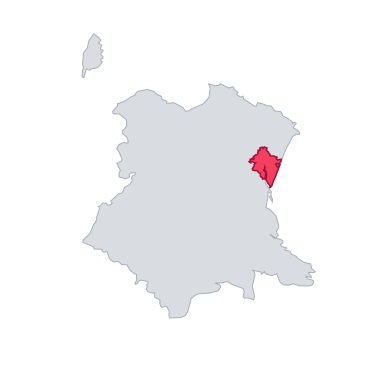 where Gironde sits in France, rotated 195°
{"feature_id": "FRA-5295", "entity_name": "Gironde", "entity_type": "Metropolitan department", "adm_level": 1, "iso_a3": "FRA", "parent_name": "France", "parent_adm1": "", "projection": "albers", "projection_center": [-0.442, 44.886], "detail": "fine", "context": "in_parent", "style": "filled", "palette": "rose", "viewbox_px": 384, "rotation_deg": 195, "n_neighbors": 0, "source": "natural_earth", "source_scale": "10m", "svg_char_len": 6723}
<svg xmlns="http://www.w3.org/2000/svg" viewBox="0 0 384 384"><g transform="rotate(195 192 192)"><path d="M278.8,153.8L276.7,155.2L275.6,157.9L274.2,158.6L271.6,158.9L270.2,157.4L267.2,158.7L266.1,160.4L268.1,162.2L262.7,170.9L258.9,173.3L258.5,178.7L254.2,183.0L252.8,187.3L252.7,188.1L254.0,189.4L253.7,192.2L251.4,194.1L251.6,195.8L252.3,196.0L255.8,194.4L257.1,192.6L256.2,190.5L259.6,187.5L266.2,187.6L267.3,191.1L266.7,194.2L272.0,200.3L268.2,203.7L268.1,205.7L273.0,211.9L275.9,214.4L274.9,218.9L270.6,222.2L267.7,222.2L266.5,223.0L266.7,224.4L269.1,228.2L274.2,230.3L275.3,233.3L274.0,234.5L272.1,239.2L273.3,241.4L273.0,242.4L273.7,243.9L275.1,245.3L282.4,248.5L288.5,247.2L289.5,249.4L286.3,255.7L286.8,258.3L284.8,258.6L284.6,259.5L280.9,261.9L275.2,268.5L272.4,270.5L271.5,273.7L269.9,275.5L261.1,279.7L259.4,279.1L255.0,279.5L252.1,277.5L246.7,276.6L244.7,273.5L239.8,273.2L239.4,271.1L232.6,273.5L222.7,271.2L219.1,268.3L216.4,269.3L214.0,272.2L203.9,280.0L200.1,287.8L201.2,296.7L203.9,300.9L197.4,300.5L193.6,302.0L192.6,303.9L183.4,302.0L180.1,304.0L179.1,303.9L177.9,302.0L173.4,300.1L174.0,298.6L173.4,297.3L169.1,296.3L167.7,297.7L166.0,295.1L154.2,291.3L152.3,291.4L151.6,295.4L144.0,295.4L142.9,294.7L138.0,295.5L132.8,291.8L127.0,292.5L123.5,288.7L120.0,288.4L115.2,286.4L113.0,285.3L112.7,284.2L111.3,285.9L109.5,285.5L109.1,284.9L110.3,282.8L110.6,280.3L104.6,278.4L103.0,276.6L103.0,275.6L106.2,274.8L109.2,271.4L112.1,259.0L114.2,244.2L115.7,241.4L117.5,240.7L116.1,238.6L114.3,241.3L115.5,227.7L117.6,217.6L122.5,221.8L123.7,223.6L125.1,229.6L127.9,232.2L126.1,229.7L124.3,221.7L123.2,219.4L115.5,212.6L115.2,211.0L118.6,211.9L117.3,206.8L116.6,196.2L111.9,195.1L104.5,190.5L99.6,182.3L99.0,179.3L100.4,176.1L99.3,174.0L97.2,172.6L98.9,169.9L100.4,169.6L105.7,171.3L101.4,168.6L94.3,169.3L91.6,168.4L91.1,166.4L93.1,164.1L90.8,162.5L86.8,162.7L86.3,162.1L87.5,160.3L86.5,159.6L83.3,160.2L81.4,159.6L79.7,157.5L74.5,156.9L73.4,155.7L66.2,153.1L58.6,153.2L56.7,149.1L52.2,146.9L53.2,145.7L57.8,144.7L58.8,143.7L55.5,141.9L54.4,140.2L60.5,140.1L57.9,138.2L51.9,138.0L51.2,135.6L52.1,133.2L55.7,131.2L64.4,129.2L70.6,129.4L75.1,126.8L79.5,126.1L83.6,127.7L89.0,134.8L93.5,131.8L100.2,132.1L101.5,133.8L103.4,130.7L104.8,132.6L113.0,132.1L111.1,130.8L109.6,127.8L109.4,117.0L105.4,109.1L104.5,106.2L104.7,103.8L109.5,104.3L113.5,103.2L115.4,104.0L115.8,109.1L117.4,112.0L128.5,113.0L134.9,114.5L140.3,111.7L145.3,110.3L145.7,109.6L142.8,109.9L140.1,108.7L139.8,107.4L141.1,103.4L148.7,99.0L159.8,95.1L162.6,92.6L165.7,88.0L165.0,86.9L165.2,74.7L166.7,70.7L170.8,67.7L181.3,64.5L182.8,68.3L182.8,70.5L185.7,73.8L187.2,74.8L191.8,72.7L194.1,75.8L195.0,79.4L200.7,80.6L202.6,85.2L203.5,84.1L207.1,84.1L208.8,84.4L211.2,86.3L210.7,89.1L211.7,90.4L210.9,93.1L211.7,94.1L218.2,93.7L220.1,92.5L220.8,89.8L222.7,88.2L223.4,88.6L222.5,93.5L223.5,94.6L224.2,98.0L226.7,98.2L231.7,100.6L236.1,104.8L241.1,103.7L245.2,105.9L249.2,104.2L253.2,105.3L254.6,106.5L258.8,112.6L261.5,111.0L263.5,111.6L264.3,113.4L271.6,111.6L273.1,113.3L274.7,113.8L284.4,115.2L284.7,117.6L280.0,125.0L278.6,134.9L277.3,138.4L276.9,141.0L277.5,142.6L277.5,145.3L277.0,151.7L277.8,153.5L278.8,153.8ZM329.1,280.2L329.0,284.2L330.8,286.9L332.8,298.4L330.4,304.3L330.7,311.1L327.8,319.5L321.4,316.6L319.4,314.9L320.7,311.6L317.1,310.4L317.6,307.3L317.0,305.9L314.6,306.0L314.4,305.2L315.9,302.7L315.7,301.3L313.2,299.8L312.6,298.3L314.6,296.3L313.4,294.7L312.2,294.5L314.5,288.9L316.4,287.1L320.8,285.1L322.5,283.0L325.6,283.6L326.0,283.1L326.0,274.7L327.1,274.5L328.2,275.4L329.1,280.2ZM115.9,207.4L115.2,209.8L112.3,205.6L111.9,203.3L115.9,207.4Z" fill="#d9dde1" stroke="#a8b0b8" stroke-width="1"/><path d="M114.1,246.7L114.2,245.7L114.1,245.3L114.0,244.5L114.0,244.3L114.5,243.5L114.6,243.4L114.7,243.0L115.0,241.8L115.4,241.3L115.9,241.3L117.1,241.6L117.8,241.5L118.2,241.2L118.2,240.8L117.7,240.3L118.0,240.3L117.8,239.9L116.3,238.5L116.1,238.4L115.9,238.3L115.8,238.2L115.7,238.2L115.6,238.3L115.6,238.5L115.4,238.8L114.5,240.2L114.3,241.4L114.1,242.0L114.0,242.3L115.3,228.8L116.1,224.5L116.5,218.7L116.6,218.3L117.3,217.0L117.6,216.6L117.9,216.4L118.1,216.5L118.1,216.9L118.1,217.2L118.0,217.3L118.0,217.6L118.3,218.0L118.4,218.3L119.7,219.3L120.5,219.7L120.8,219.8L123.1,222.5L123.7,223.3L123.9,224.1L123.9,224.6L124.2,225.7L124.5,228.2L124.6,228.5L125.3,230.1L125.9,231.0L126.7,231.7L127.3,232.1L127.5,232.3L127.6,232.6L127.6,232.9L127.6,233.3L127.6,233.9L127.7,234.4L127.9,234.9L128.1,235.1L128.0,234.7L128.0,233.9L127.9,233.6L128.0,232.9L127.8,232.3L127.4,231.8L126.9,231.5L127.5,231.6L128.0,231.7L128.5,231.9L128.9,232.3L128.4,231.4L127.7,231.0L126.8,230.7L126.1,230.2L125.8,229.5L125.5,228.6L124.8,223.4L125.5,223.3L126.2,223.4L126.4,223.4L126.5,223.4L126.6,223.2L126.8,222.9L127.0,222.7L127.4,222.9L127.4,223.1L127.5,223.3L127.6,223.8L127.7,224.0L127.9,224.2L128.3,224.2L128.6,224.3L128.8,224.2L129.1,224.3L129.4,224.4L129.9,224.9L130.2,225.1L130.3,225.4L130.3,225.5L130.3,226.1L130.3,226.3L130.3,226.5L130.4,226.9L130.5,227.0L130.7,227.5L130.8,227.6L131.0,227.7L131.2,227.8L131.7,227.6L131.9,227.6L132.5,228.1L132.8,228.1L133.1,228.3L133.3,228.4L133.6,228.8L133.8,229.0L134.1,229.1L135.1,229.4L135.4,229.4L135.7,229.3L136.5,229.0L136.7,228.9L137.3,229.1L137.8,228.9L139.1,228.9L139.4,229.2L139.7,229.9L139.7,230.4L139.2,231.7L139.2,231.9L139.2,232.3L138.9,232.7L138.8,232.9L138.6,233.3L138.6,233.7L138.7,233.9L139.1,234.4L139.1,234.6L138.3,236.0L138.5,235.9L138.6,236.1L139.0,236.5L141.9,236.9L142.3,236.8L142.9,236.1L143.2,235.8L143.0,235.4L143.4,235.5L144.4,235.8L144.5,235.8L144.8,236.1L144.6,236.4L144.3,236.7L143.9,236.9L143.6,236.9L143.9,237.9L144.0,238.3L144.3,238.7L144.1,238.8L143.8,238.8L143.2,238.7L143.0,238.8L142.9,238.9L142.9,239.1L142.9,239.6L142.8,239.8L142.7,240.0L142.4,240.0L142.2,239.8L142.0,239.5L141.8,239.3L141.6,239.3L141.3,239.4L141.0,239.5L140.8,239.7L140.7,240.1L140.6,240.5L140.7,240.8L141.0,241.1L141.8,241.4L141.9,241.6L141.9,242.1L140.1,244.3L140.0,244.5L139.8,244.5L139.4,244.4L139.2,244.5L138.4,245.6L138.3,246.0L138.2,246.3L138.3,246.6L138.4,246.8L138.7,247.0L138.8,247.3L138.8,247.6L138.6,248.1L138.5,248.3L138.6,248.6L138.8,248.9L138.9,249.1L138.9,249.5L138.5,249.5L137.1,249.9L136.9,250.1L137.1,250.5L137.6,251.2L137.9,252.0L137.3,252.7L135.8,253.4L134.6,252.4L134.3,252.5L134.2,253.8L133.9,254.2L131.1,253.9L130.9,253.7L130.8,253.1L131.1,251.9L130.9,251.7L130.0,250.9L128.7,250.5L128.4,250.3L128.4,250.2L128.3,249.7L128.2,249.6L126.6,248.7L126.4,248.3L126.3,247.7L126.0,247.3L125.2,247.2L122.1,248.0L120.5,247.5L119.5,247.8L119.2,247.8L118.8,247.6L119.2,246.3L119.0,245.8L117.5,245.0L117.3,245.2L116.2,246.0L114.1,246.7Z" fill="#f43f5e" stroke="#9f1239" stroke-width="1.5"/></g></svg>